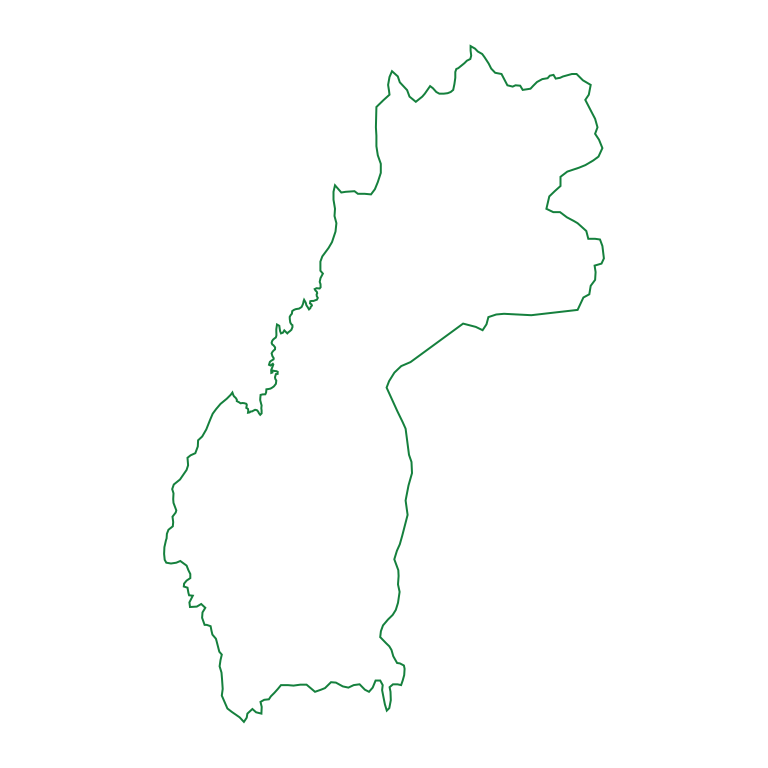 the district of Sik, Kedah, Malaysia
{"feature_id": "92858781B49401310221889", "entity_name": "Sik", "entity_type": "district", "adm_level": 2, "iso_a3": "MYS", "parent_name": "Malaysia", "parent_adm1": "Kedah", "projection": "equal_earth", "projection_center": [100.816, 5.985], "detail": "fine", "context": "isolated", "style": "outline", "palette": "green", "viewbox_px": 768, "rotation_deg": 0, "n_neighbors": 0, "source": "geoboundaries", "source_scale": "gbopen_adm2", "svg_char_len": 5250}
<svg xmlns="http://www.w3.org/2000/svg" viewBox="0 0 768 768"><path d="M577.6,309.9L583.4,297.5L589.3,294.3L590.7,285.8L595.1,279.9L595.6,272.1L594.6,265.6L601.5,263.6L603.9,258.4L602.4,246.0L600.0,239.5L595.1,238.8L588.3,238.8L586.3,231.0L577.6,223.2L574.2,221.2L566.9,217.3L560.0,212.1L553.2,212.1L546.4,208.8L549.3,196.4L554.7,191.2L560.5,186.0L560.5,176.8L567.3,171.6L579.0,167.7L585.4,165.1L593.2,160.5L598.5,156.6L602.4,148.1L599.0,139.7L595.1,133.8L597.5,127.3L595.1,118.8L591.7,112.3L585.3,99.9L588.8,94.7L590.7,84.9L582.9,80.3L576.6,74.0L571.9,74.0L562.9,76.5L560.1,77.8L555.7,78.6L553.5,74.9L549.8,75.7L547.6,78.2L542.3,79.1L537.0,82.0L533.3,85.7L530.5,88.7L528.0,89.1L522.7,89.9L520.2,85.7L515.5,85.3L512.7,86.6L507.4,85.3L501.5,74.0L495.2,72.8L491.2,68.6L488.7,63.6L484.6,57.3L482.2,54.0L477.8,51.5L475.0,48.6L470.6,46.1L470.6,50.7L471.2,55.7L470.3,59.0L466.9,60.7L464.4,63.2L458.2,68.2L456.3,69.0L455.3,72.0L455.3,77.8L454.4,84.1L453.2,89.9L450.7,92.0L447.6,93.2L443.5,93.7L439.4,93.7L436.3,92.0L432.9,88.2L430.1,86.1L424.8,93.7L422.3,96.6L415.8,101.8L409.5,96.6L407.1,90.1L399.8,82.3L397.8,76.4L392.0,71.2L389.5,77.0L388.1,84.9L389.0,90.7L389.5,94.7L383.7,99.9L376.4,107.0L375.9,127.3L376.4,135.7L376.4,146.2L377.8,155.3L380.8,163.8L380.8,172.9L377.8,182.1L374.9,189.2L371.0,194.4L364.7,193.8L357.9,193.8L354.5,191.2L345.7,191.8L341.3,192.5L335.0,185.3L333.5,191.8L333.5,199.7L335.0,208.8L334.5,216.0L336.4,223.2L335.5,231.6L332.0,242.1L328.6,247.9L325.2,252.5L322.3,256.4L320.4,261.6L320.4,270.7L322.9,273.6L320.5,278.1L319.7,281.9L320.5,284.1L320.6,287.3L319.6,288.5L316.5,288.2L314.7,289.1L315.4,290.4L316.8,291.8L317.2,293.2L316.6,294.4L316.8,296.2L317.8,297.9L316.9,299.7L315.2,300.3L313.3,301.0L312.0,300.9L310.3,301.2L310.0,303.4L311.5,304.4L311.9,305.6L310.8,306.7L310.3,308.2L309.0,309.4L307.7,307.2L306.4,305.3L305.7,302.6L304.1,299.8L303.6,301.2L303.1,303.6L302.5,305.1L301.6,307.0L300.2,307.9L299.1,308.6L297.2,308.9L295.6,309.2L293.9,309.9L292.2,311.1L291.9,313.7L290.7,315.1L289.7,316.9L289.8,319.2L290.3,322.6L291.5,324.5L292.4,325.1L292.5,327.0L291.4,329.8L289.7,331.3L288.3,332.3L287.3,333.4L286.1,332.2L284.3,330.4L282.9,332.7L281.0,333.4L280.1,331.1L279.7,328.6L279.3,325.8L277.0,324.5L276.7,326.5L276.3,329.2L276.3,331.3L276.4,334.0L276.4,335.6L275.8,337.5L274.4,338.5L273.0,339.7L272.1,341.1L271.6,342.9L272.3,344.5L273.5,345.3L275.1,347.4L275.0,349.4L274.1,350.1L272.7,351.5L271.6,353.4L272.4,356.1L273.7,358.2L273.5,359.4L271.3,360.7L269.9,361.9L269.0,364.8L270.5,365.5L272.8,363.8L273.3,364.5L272.6,366.5L271.2,370.0L271.3,372.9L272.4,372.5L272.3,371.0L272.8,370.6L274.7,371.0L276.5,371.2L277.7,371.8L277.6,373.9L275.9,374.1L275.0,377.2L275.3,378.9L276.3,380.6L275.9,383.8L273.9,386.4L272.2,387.6L270.5,388.6L268.6,389.0L266.4,389.3L266.1,392.5L265.3,394.3L262.6,394.4L260.6,394.9L260.3,398.0L260.2,400.1L261.1,403.7L261.6,405.4L261.3,408.3L261.6,410.5L261.6,413.4L260.2,414.8L259.0,413.3L258.1,411.5L256.9,410.2L255.1,409.8L253.3,410.7L252.1,411.4L250.7,411.5L249.6,412.4L248.0,412.7L248.3,410.5L247.9,408.8L246.3,407.9L246.8,404.9L246.3,403.8L244.3,403.2L242.4,403.0L240.6,403.3L239.1,402.3L236.8,401.1L236.8,399.6L235.7,397.9L234.0,396.3L233.4,395.3L232.4,392.5L230.7,394.8L226.8,398.7L220.5,403.9L216.1,409.1L212.7,413.7L210.2,419.6L206.3,429.4L202.2,436.5L198.1,440.3L197.8,446.5L195.3,453.2L190.6,455.3L187.5,457.8L188.1,465.3L186.6,469.9L180.0,479.5L173.8,484.5L172.2,489.1L173.5,493.3L173.2,499.2L173.5,502.9L176.3,510.4L175.7,512.5L172.5,516.7L173.2,522.1L172.8,526.3L168.5,529.7L166.9,533.8L166.6,538.4L166.0,540.1L164.4,547.2L164.1,553.9L164.7,559.8L166.3,562.7L171.0,563.5L176.3,562.7L180.3,561.0L186.6,565.6L188.4,570.2L190.3,574.0L190.3,578.1L186.6,580.6L184.1,583.6L183.8,586.5L187.5,587.7L188.4,592.8L189.1,595.3L192.8,595.7L189.4,602.4L190.0,607.0L196.8,606.6L201.2,604.0L205.3,607.8L202.5,612.4L202.1,617.8L204.6,624.9L206.8,624.9L210.6,626.2L211.5,630.8L212.4,634.6L215.9,638.7L216.5,640.8L219.3,651.7L221.8,654.6L220.5,660.1L219.6,666.3L221.5,672.6L222.1,680.1L222.7,688.9L221.8,695.6L227.4,708.5L231.8,711.9L239.6,717.3L243.9,721.9L246.7,717.7L247.4,713.6L252.4,709.0L256.1,712.3L261.4,713.6L261.7,706.9L260.5,701.9L264.2,699.8L268.9,699.3L270.8,696.4L274.5,692.7L277.9,688.9L281.0,685.1L287.6,685.1L293.5,685.6L300.1,684.7L306.6,684.7L315.0,691.8L321.0,689.7L325.0,688.1L331.0,682.2L335.9,682.6L342.8,686.4L348.4,687.6L353.7,685.1L359.6,684.3L364.9,689.7L369.0,691.8L372.7,687.6L375.6,680.5L380.2,680.5L382.7,685.1L382.1,690.1L383.4,696.8L384.9,704.4L386.8,710.6L389.3,708.1L390.8,700.2L390.5,691.8L389.6,687.2L393.0,684.3L397.4,684.3L401.1,685.1L402.7,680.5L404.2,675.1L404.6,668.8L403.9,665.5L399.9,663.4L397.1,663.0L393.3,656.3L391.5,650.0L389.3,646.3L386.2,643.3L380.2,637.1L380.9,631.2L383.0,625.4L388.0,619.5L392.7,614.9L395.8,609.9L398.0,602.8L399.6,591.9L398.0,584.4L398.6,576.0L398.3,570.2L394.3,559.3L395.9,554.1L396.9,550.8L399.8,544.3L402.2,535.8L407.6,514.9L405.6,500.5L408.5,485.5L412.0,473.1L411.5,462.0L409.0,454.8L405.6,428.7L402.7,422.2L397.3,411.1L386.6,387.6L389.1,381.1L394.4,372.6L401.2,366.1L410.5,362.1L463.1,323.6L475.8,326.9L482.6,330.2L486.5,324.3L488.4,317.1L496.2,314.5L504.0,313.8L531.3,315.2L577.6,309.9Z" fill="none" stroke="#15803d" stroke-width="2"/></svg>